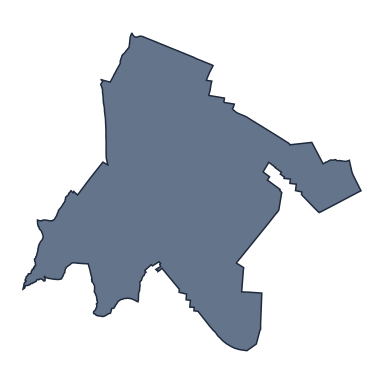 outline of San Juan Atenco, Puebla, Mexico
{"feature_id": "50627088B89764628782430", "entity_name": "San Juan Atenco", "entity_type": "district", "adm_level": 2, "iso_a3": "MEX", "parent_name": "Mexico", "parent_adm1": "Puebla", "projection": "mercator", "projection_center": [-97.57, 19.047], "detail": "fine", "context": "isolated", "style": "filled", "palette": "slate", "viewbox_px": 384, "rotation_deg": 0, "n_neighbors": 0, "source": "geoboundaries", "source_scale": "gbopen_adm2", "svg_char_len": 5786}
<svg xmlns="http://www.w3.org/2000/svg" viewBox="0 0 384 384"><path d="M142.0,36.3L140.1,36.2L139.5,36.2L138.1,36.8L137.0,37.0L136.5,37.1L135.2,37.0L134.2,36.5L133.7,35.9L132.6,34.6L132.2,33.5L131.8,33.3L131.3,34.1L130.8,35.3L130.2,37.2L129.3,45.5L129.0,47.5L128.5,47.9L128.2,48.4L127.7,48.9L124.0,53.6L122.8,54.4L122.5,55.1L122.0,55.5L121.4,57.7L120.8,59.2L120.1,61.7L120.3,62.3L120.4,62.9L119.2,65.5L118.7,66.2L117.9,67.7L116.6,69.9L114.7,73.7L114.1,74.4L113.5,76.0L110.2,82.1L103.6,80.4L100.6,79.4L102.8,81.0L100.7,84.4L102.5,89.3L102.5,92.0L103.1,96.7L103.4,102.6L104.4,107.9L104.5,111.5L105.4,118.4L105.9,129.2L106.0,133.8L105.9,135.4L106.1,140.7L106.1,151.9L106.2,156.4L106.2,157.5L106.5,159.2L107.8,164.9L102.9,162.1L90.7,177.5L77.5,195.0L75.8,193.3L75.6,193.5L73.8,191.4L72.9,192.7L71.0,190.7L70.2,191.9L68.8,193.3L68.6,193.8L68.6,194.1L68.3,195.0L66.9,196.0L66.3,196.5L65.6,197.4L65.5,198.1L65.6,198.8L65.1,199.8L65.0,201.2L63.9,202.9L63.3,203.7L61.6,206.6L58.4,210.5L58.2,212.0L57.4,213.3L57.0,214.6L56.5,215.8L54.6,219.0L54.1,219.7L53.3,219.9L52.7,220.7L52.2,220.6L51.5,220.8L49.0,220.7L46.2,220.1L45.3,220.0L42.7,220.1L42.1,220.7L40.3,220.8L37.7,220.2L37.3,219.5L37.6,223.6L38.1,226.1L38.7,226.6L39.1,228.0L39.7,229.2L41.3,231.0L41.5,231.4L42.2,233.3L42.5,233.9L43.1,236.0L43.1,236.7L42.8,238.2L42.3,239.5L42.0,240.0L41.2,240.8L40.7,241.7L39.7,243.1L39.5,243.9L39.1,244.6L38.6,245.6L38.4,247.4L38.0,248.3L37.9,250.4L37.7,251.1L37.5,252.0L37.1,253.5L36.7,254.5L36.6,255.5L36.4,256.2L35.8,256.8L35.9,257.6L35.3,258.4L34.7,258.8L34.4,259.2L34.6,259.7L34.7,261.1L35.2,262.0L35.3,262.3L35.4,264.2L35.7,264.9L35.6,265.3L35.1,265.7L34.6,266.1L34.7,266.7L34.5,267.1L34.0,267.1L33.7,267.3L33.9,268.2L33.3,269.0L32.9,269.2L32.5,269.1L32.3,270.1L32.0,270.1L31.4,271.1L31.2,271.7L31.1,273.0L30.6,273.6L29.2,273.7L28.5,273.7L28.2,274.3L28.1,275.0L27.3,275.4L26.9,276.6L26.7,276.8L26.0,277.1L26.2,277.9L25.8,278.7L25.3,279.2L25.2,279.7L25.2,280.1L25.3,280.2L25.2,280.8L25.4,280.9L25.9,280.9L25.7,281.5L25.7,281.8L25.3,282.3L24.5,282.8L24.2,283.3L23.9,284.6L23.9,285.4L23.7,286.3L23.7,286.8L23.2,287.9L23.0,289.2L24.5,288.2L25.1,286.9L25.3,285.9L25.8,285.5L27.8,285.5L28.5,285.1L29.7,284.7L30.2,284.4L30.9,283.5L32.2,283.5L32.7,283.0L33.5,282.7L34.2,282.3L35.4,281.8L35.9,281.5L36.4,281.0L36.8,279.8L37.3,279.5L38.0,279.7L39.2,279.6L39.6,279.3L39.9,279.0L40.2,278.9L40.6,278.9L41.2,279.0L41.8,279.3L42.9,280.0L43.9,281.0L45.0,280.8L45.1,279.1L45.0,278.1L44.3,276.7L44.7,276.4L46.2,277.7L49.2,278.5L50.9,278.7L53.0,279.1L57.1,279.5L58.0,279.5L59.9,279.3L60.7,279.1L61.0,278.8L61.6,278.8L61.9,277.9L63.2,275.7L63.5,274.6L64.0,273.6L64.9,272.2L64.8,271.4L65.4,269.0L66.2,267.9L66.4,267.2L69.9,264.7L71.5,263.3L72.8,262.8L74.0,262.8L78.9,263.3L88.2,263.9L90.0,270.3L90.7,273.7L91.9,278.2L92.0,279.0L91.6,279.1L91.6,279.5L92.1,280.2L92.2,280.6L92.1,280.9L91.7,281.0L91.7,281.3L93.1,283.0L93.7,284.0L94.6,286.3L94.5,286.6L94.6,287.0L94.5,290.2L94.3,291.4L94.4,292.1L95.1,292.8L95.0,293.1L95.6,293.9L95.7,294.8L96.2,295.6L96.4,296.1L96.7,298.5L97.0,299.7L97.2,299.8L97.2,300.0L96.9,300.3L97.0,300.7L97.2,300.8L97.5,301.9L97.4,303.1L97.1,303.5L96.5,303.6L96.4,304.0L96.4,304.3L96.7,305.2L96.7,307.0L96.3,307.8L96.0,308.1L95.8,308.9L95.5,309.7L94.9,310.5L93.7,311.5L93.6,311.9L93.5,312.6L93.7,313.6L94.9,314.0L96.2,315.2L97.8,315.8L100.7,316.1L102.3,316.5L103.6,316.4L105.3,315.7L108.1,314.0L109.8,313.3L110.5,313.2L110.7,312.1L111.0,311.5L111.0,311.1L111.4,310.5L111.4,309.0L111.7,308.5L113.8,308.2L114.1,307.9L114.3,307.6L114.3,307.2L115.2,306.3L115.2,305.9L116.0,304.6L116.5,304.1L116.6,303.9L117.2,303.0L117.5,302.1L118.3,301.3L119.9,300.2L120.3,299.8L120.6,299.8L120.8,299.6L121.5,299.4L122.8,299.2L123.7,298.6L127.8,298.2L131.0,298.7L132.3,299.1L135.3,300.4L136.4,301.2L138.0,301.8L138.4,300.2L138.4,298.0L138.6,295.7L138.5,295.0L138.6,293.3L139.6,290.4L139.7,288.2L140.1,285.3L139.8,283.8L140.0,281.8L140.8,280.9L141.4,280.5L142.4,277.2L143.3,276.0L144.1,275.4L144.8,273.3L145.3,272.8L146.1,272.2L144.7,270.6L151.2,264.7L152.4,265.9L159.1,261.7L160.6,263.5L159.7,264.2L160.6,266.5L155.8,269.4L157.2,270.7L158.0,270.5L158.0,271.5L159.6,270.4L162.0,268.3L178.9,288.8L179.3,289.2L179.1,292.3L186.5,294.1L186.1,299.8L190.4,300.4L189.8,307.1L194.2,307.4L193.9,310.8L198.0,311.3L209.7,326.2L213.4,330.5L215.4,332.3L217.8,335.8L220.3,338.2L221.3,339.3L222.9,340.9L226.4,343.7L231.0,346.4L234.6,348.2L239.1,349.5L241.3,349.9L246.9,350.7L256.3,344.0L260.0,330.1L260.6,329.5L260.6,325.6L260.6,323.9L261.8,293.1L249.3,292.2L241.6,291.9L242.0,287.9L243.3,270.8L243.7,267.8L242.9,267.1L236.4,263.1L236.7,262.4L242.0,256.0L250.8,245.1L267.4,224.6L276.6,212.9L276.7,213.0L278.8,210.1L281.6,193.2L281.8,192.6L279.6,190.1L280.0,189.4L267.4,180.1L269.6,176.8L263.1,171.9L268.8,162.3L275.4,167.3L275.1,167.6L281.4,172.2L280.3,174.1L283.8,176.6L284.2,176.8L284.0,178.4L290.4,179.1L289.9,183.4L296.3,184.2L295.5,190.6L301.8,192.0L301.5,194.6L314.5,208.1L317.1,210.7L319.1,212.6L321.3,211.6L339.2,202.2L357.2,192.7L361.0,190.8L353.6,176.1L352.1,172.6L349.6,161.8L349.4,160.3L346.0,161.4L343.7,161.2L340.0,160.6L337.6,160.7L336.9,160.6L335.7,159.7L335.3,159.6L333.5,160.1L332.8,160.1L331.1,160.0L330.6,160.0L329.8,160.3L329.5,160.6L328.6,160.9L327.2,161.9L326.4,162.1L325.6,162.2L324.3,163.2L323.1,163.8L311.8,142.4L289.8,144.8L289.8,144.5L289.1,143.5L277.1,135.9L249.9,119.1L249.0,118.5L246.4,116.8L237.8,113.2L236.3,112.3L233.8,110.4L232.5,108.9L232.4,108.3L232.7,108.1L233.4,107.2L233.7,106.3L233.7,105.7L234.2,104.7L234.3,104.1L224.5,102.5L223.8,102.0L224.5,98.1L217.0,96.8L216.3,96.7L210.8,95.8L208.7,95.4L210.3,89.6L210.2,88.7L210.4,88.4L210.8,85.4L211.8,81.1L206.4,80.4L207.1,78.2L209.7,72.2L213.1,65.7L212.5,65.2L195.5,58.3L194.4,57.6L142.0,36.3Z" fill="#64748b" stroke="#1e293b" stroke-width="1.5"/></svg>